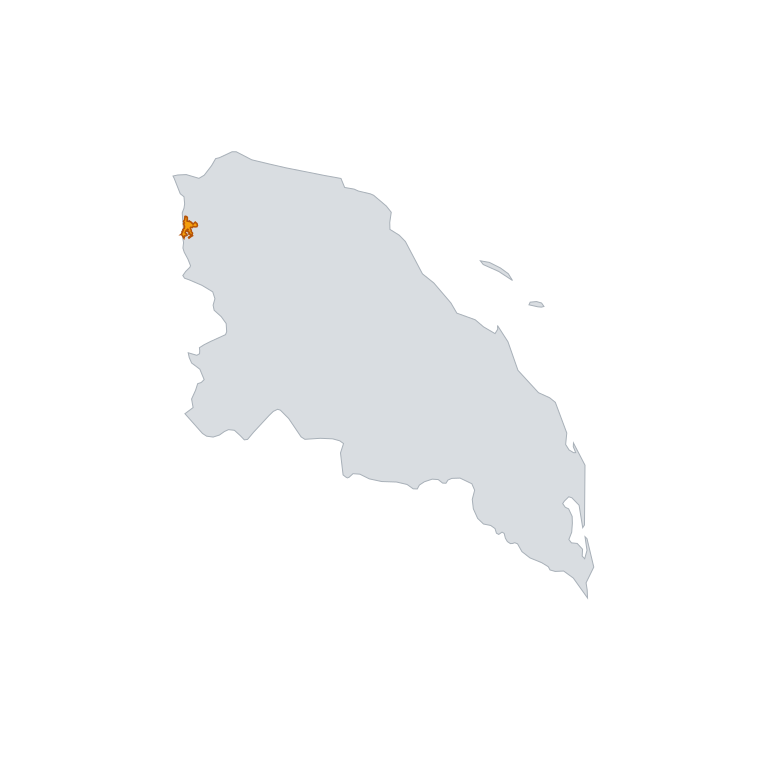 Guarita, Lempira, Honduras (highlighted), rotated 51°
{"feature_id": "27666195B2541592461056", "entity_name": "Guarita", "entity_type": "district", "adm_level": 2, "iso_a3": "HND", "parent_name": "Honduras", "parent_adm1": "Lempira", "projection": "mercator", "projection_center": [-88.84, 14.202], "detail": "fine", "context": "in_parent", "style": "filled", "palette": "amber", "viewbox_px": 768, "rotation_deg": 51, "n_neighbors": 0, "source": "geoboundaries", "source_scale": "gbopen_adm2", "svg_char_len": 6146}
<svg xmlns="http://www.w3.org/2000/svg" viewBox="0 0 768 768"><g transform="rotate(51 384 384)"><path d="M678.4,360.5L653.9,359.0L642.4,362.1L637.4,368.9L633.0,372.0L629.4,371.3L622.1,373.9L611.0,380.0L601.1,382.3L592.2,380.8L589.6,382.3L588.9,384.3L587.6,386.2L584.1,387.3L580.2,386.7L575.7,384.6L573.4,385.5L573.1,389.5L570.7,390.5L566.2,388.7L561.1,390.1L555.4,394.8L547.4,395.8L537.2,393.1L529.2,388.0L523.6,380.4L516.8,378.5L505.0,384.1L500.0,390.7L498.9,394.7L500.1,398.3L497.9,400.8L492.4,402.0L488.3,406.4L485.4,414.1L484.8,420.1L486.5,424.2L483.8,427.3L476.6,429.3L468.1,435.9L458.3,447.2L448.5,455.1L438.9,459.5L434.2,464.5L434.5,469.9L433.9,471.6L432.1,472.3L428.9,473.0L410.2,461.2L404.8,452.9L400.2,454.2L394.3,458.4L386.1,467.7L377.2,480.3L372.9,481.7L350.8,479.8L339.1,481.0L336.7,482.6L335.6,487.3L336.2,493.5L339.4,515.7L341.2,524.9L339.5,527.7L333.5,528.2L325.8,529.4L321.6,533.6L320.5,537.9L320.1,544.0L317.7,550.2L312.9,554.7L308.2,556.2L281.8,557.4L282.2,547.2L274.6,543.0L270.3,534.4L266.5,528.6L267.8,525.1L267.4,521.0L256.6,517.8L246.6,520.3L240.8,518.7L236.5,516.5L243.9,511.4L244.4,508.3L242.0,506.1L239.6,504.6L240.3,498.8L241.8,492.0L245.9,476.1L244.4,473.4L237.7,468.6L229.2,468.1L219.8,469.6L215.2,467.2L211.3,461.7L204.6,459.1L192.7,463.4L180.2,470.0L176.3,472.4L173.1,472.1L171.7,467.2L171.1,461.3L170.3,459.9L163.6,457.8L155.8,456.3L151.8,454.7L148.0,450.8L138.6,445.6L136.5,441.8L124.0,433.1L121.5,428.8L118.6,425.6L112.6,421.6L107.9,422.6L92.0,417.6L89.6,417.1L91.8,412.7L96.8,405.9L107.7,398.4L108.6,392.3L105.8,380.6L102.9,373.0L104.5,369.6L107.9,355.9L110.5,352.7L126.3,345.8L127.7,344.8L140.2,335.2L154.0,324.4L168.3,312.5L184.3,299.2L193.2,291.5L197.2,288.1L206.5,290.9L213.7,284.6L217.9,282.5L227.7,274.9L230.8,273.3L247.2,270.2L255.1,270.3L262.1,277.9L267.6,282.1L278.0,278.5L286.7,277.7L322.6,284.8L336.8,281.7L363.1,281.0L374.8,282.8L391.5,272.7L402.2,270.7L414.7,266.0L413.0,261.1L410.0,259.0L429.2,261.1L457.7,271.3L488.0,269.4L499.0,263.9L506.1,262.4L537.1,272.8L545.3,280.9L551.7,281.7L556.7,279.9L558.0,278.2L551.9,276.4L549.1,273.9L573.6,278.9L619.7,316.9L620.7,320.0L601.0,308.7L590.6,309.6L587.9,311.4L588.5,317.5L589.4,320.4L593.9,320.7L597.2,319.1L605.3,321.1L610.7,325.2L617.3,331.4L621.2,338.2L625.4,338.3L629.5,334.2L637.4,333.7L642.5,338.3L646.1,338.0L641.0,330.9L629.2,323.9L632.0,323.6L658.3,336.2L665.7,352.1L671.9,355.7L678.4,360.5ZM368.8,224.0L353.6,231.7L348.9,231.6L355.8,225.6L367.1,220.5L376.6,218.0L384.4,219.0L368.8,224.0ZM420.9,215.8L413.7,221.5L412.4,218.9L415.9,213.6L420.2,210.6L424.4,210.9L423.4,213.2L420.9,215.8Z" fill="#d9dde1" stroke="#a8b0b8" stroke-width="1"/><path d="M131.6,437.6L131.8,437.6L132.1,437.7L132.6,437.7L132.9,437.7L133.1,437.8L133.3,437.8L133.3,438.0L133.2,438.5L133.4,438.8L133.5,438.9L133.4,439.1L133.7,439.3L133.9,439.3L134.0,439.3L134.3,439.2L134.4,439.3L134.7,439.4L134.9,439.5L135.0,439.4L135.3,439.5L135.4,439.8L135.5,439.8L135.8,439.8L136.1,439.9L136.1,440.0L136.2,440.3L136.3,440.3L136.5,440.3L136.7,440.5L136.9,440.7L136.9,440.9L137.2,441.0L137.3,441.1L137.2,441.2L137.1,441.4L137.1,441.6L137.3,441.9L137.3,442.0L137.4,442.4L137.4,442.5L137.4,443.0L137.5,443.0L137.9,443.1L138.3,443.3L138.2,443.6L138.3,443.8L138.6,444.1L138.5,444.3L138.4,444.4L138.5,444.7L138.5,444.8L138.5,445.0L138.8,445.1L139.2,445.1L139.2,445.3L139.2,445.5L139.5,445.7L139.5,445.8L139.5,446.0L139.6,446.4L139.7,446.6L139.8,446.6L140.1,446.9L140.1,447.0L140.0,447.3L140.0,447.5L140.0,447.8L140.2,447.5L140.4,447.5L140.5,447.4L140.8,447.3L141.0,447.3L144.6,447.7L144.4,447.5L144.5,447.4L144.6,447.1L144.3,446.9L144.2,446.8L143.9,446.8L143.8,446.7L143.7,446.7L143.3,445.8L144.2,445.0L144.2,443.6L144.4,443.3L144.1,443.2L143.9,443.1L143.7,443.1L143.7,443.3L143.6,443.5L143.4,443.5L143.2,443.4L142.8,443.3L142.6,443.3L142.3,443.3L142.3,443.2L141.3,443.4L140.3,441.5L140.2,441.3L140.2,439.1L141.0,439.1L140.9,439.4L140.9,439.6L140.8,439.8L140.7,439.9L140.7,440.0L140.8,440.4L140.9,440.7L141.0,440.9L141.1,441.1L141.3,441.0L141.5,440.8L141.6,440.7L141.8,440.6L142.0,440.5L142.4,440.5L142.6,440.2L142.8,440.2L143.0,440.2L143.3,439.9L143.6,439.9L143.8,439.9L143.9,440.0L144.0,440.1L144.0,440.3L144.1,440.2L144.4,440.2L144.7,440.3L144.8,440.5L145.0,440.7L145.0,440.8L144.9,440.9L144.8,441.0L144.7,441.0L144.8,441.2L145.7,440.3L146.8,440.5L147.0,439.5L147.1,441.5L147.0,443.6L147.8,443.8L148.0,443.8L148.0,441.5L148.3,439.4L147.8,439.4L147.4,439.3L147.3,439.2L147.2,439.2L146.9,438.8L146.8,438.6L146.6,438.2L146.4,438.0L146.2,437.8L143.9,437.8L143.8,437.7L143.7,437.4L143.5,437.2L143.3,437.0L141.9,436.7L140.9,436.3L140.8,436.2L140.7,436.2L140.5,435.9L140.5,435.7L140.6,435.4L141.8,434.5L141.5,433.1L141.8,433.0L141.8,432.9L142.0,432.7L142.3,432.5L142.4,432.4L142.5,432.4L143.0,432.0L144.0,430.4L143.8,430.0L143.6,429.7L143.4,429.3L143.3,429.1L143.2,429.1L142.9,429.0L142.7,428.9L142.4,428.7L142.1,428.7L141.9,428.5L141.8,428.4L141.7,428.4L141.4,428.4L141.1,428.6L140.8,428.7L140.6,428.7L140.4,428.6L140.2,428.8L139.8,428.8L139.7,428.8L139.5,428.7L139.3,429.2L139.7,431.8L139.5,431.7L139.3,431.7L139.2,431.7L139.0,431.8L138.9,431.8L138.7,431.8L138.6,432.0L138.3,432.1L138.2,431.9L137.9,431.9L137.6,431.8L137.2,432.0L136.9,432.1L136.7,432.2L136.5,432.3L136.5,432.2L136.4,432.1L136.2,432.2L136.0,432.3L135.7,432.5L135.3,432.8L135.2,432.8L135.0,432.6L134.9,432.6L134.9,432.8L134.7,432.9L134.7,433.0L134.7,433.3L134.6,433.6L134.4,433.7L134.3,433.8L134.2,433.7L133.9,433.9L133.8,434.1L133.7,434.2L133.7,434.4L133.6,434.5L133.4,434.3L133.3,434.2L133.2,434.1L132.8,434.0L132.8,433.9L132.5,433.6L132.5,433.4L132.4,433.4L132.2,433.3L132.0,433.2L131.9,433.1L131.7,432.9L131.7,432.7L131.3,432.4L130.9,432.3L130.9,432.2L130.7,431.9L130.4,431.9L130.2,432.0L129.8,432.1L129.6,432.1L129.5,432.4L129.3,432.4L129.1,432.5L128.5,432.9L128.5,433.1L128.5,433.3L128.7,433.5L128.8,433.5L129.0,433.5L129.3,433.8L129.3,434.0L129.5,434.1L129.6,434.3L129.7,434.5L129.9,434.6L130.0,434.8L130.3,435.0L130.5,435.2L130.5,435.3L130.7,435.5L130.8,435.6L131.0,435.8L131.1,436.0L131.1,436.4L131.1,436.5L131.1,436.8L131.3,437.1L131.4,437.4L131.6,437.6Z" fill="#f59e0b" stroke="#b45309" stroke-width="1.5"/></g></svg>